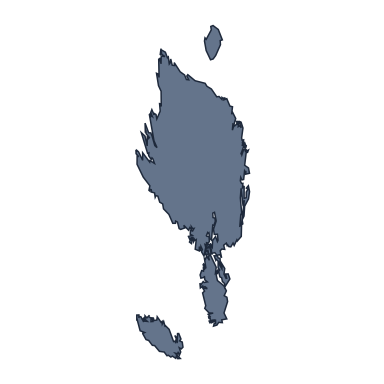 Vega nor, Nordland, Norway, rotated 92°
{"feature_id": "86288312B81726238902221", "entity_name": "Vega nor", "entity_type": "district", "adm_level": 2, "iso_a3": "NOR", "parent_name": "Norway", "parent_adm1": "Nordland", "projection": "robinson", "projection_center": [11.939, 65.651], "detail": "fine", "context": "isolated", "style": "filled", "palette": "slate", "viewbox_px": 384, "rotation_deg": 92, "n_neighbors": 0, "source": "geoboundaries", "source_scale": "gbopen_adm2", "svg_char_len": 6114}
<svg xmlns="http://www.w3.org/2000/svg" viewBox="0 0 384 384"><g transform="rotate(92 192 192)"><path d="M189.6,134.5L183.8,135.9L186.2,137.8L187.3,136.2L190.2,137.8L195.8,137.6L196.5,139.7L184.7,140.1L184.2,141.2L186.9,141.8L181.6,141.4L181.7,142.8L179.2,144.1L175.7,143.8L178.2,142.5L177.7,140.8L169.1,140.2L170.3,139.5L169.0,138.9L172.3,138.9L171.3,135.2L166.0,136.4L163.5,140.3L150.6,139.2L150.5,137.9L148.1,137.1L148.9,138.5L147.5,139.6L150.1,139.9L147.9,140.3L147.9,141.9L153.2,143.5L151.9,143.9L152.7,144.6L143.8,141.6L147.0,140.5L145.6,140.7L145.3,139.6L143.2,139.3L144.0,139.8L141.3,140.9L144.0,142.5L143.2,144.0L143.3,142.5L141.5,143.2L141.6,142.0L139.4,142.2L140.6,143.4L138.1,142.4L138.4,143.8L136.2,144.3L126.3,143.3L120.5,145.4L120.0,146.6L121.3,146.8L126.2,145.1L124.1,146.4L125.1,148.1L119.9,147.7L119.9,150.0L123.2,148.1L122.3,149.6L123.6,149.6L122.7,149.9L124.3,151.5L123.6,152.2L128.8,153.8L122.6,153.5L123.0,152.4L117.0,150.9L110.6,154.4L113.0,155.1L105.4,154.5L104.8,157.1L97.5,160.5L98.6,162.9L96.5,162.1L97.7,163.5L96.4,163.7L97.7,164.0L96.5,165.3L98.4,165.4L95.6,168.3L96.0,170.6L88.4,176.2L85.9,180.7L82.9,182.7L80.7,192.8L74.9,200.3L76.3,201.2L80.0,199.2L79.8,201.5L75.3,203.5L72.3,208.0L63.3,214.3L66.2,213.9L66.0,216.2L59.8,217.9L63.6,218.3L64.9,219.2L57.8,220.4L58.6,221.3L53.2,223.5L51.2,227.3L52.0,227.6L49.8,228.0L56.3,228.6L53.8,227.4L55.5,227.0L57.6,223.7L57.2,227.5L65.0,227.4L59.7,228.9L60.5,229.9L78.7,228.9L75.2,230.0L74.6,231.6L86.9,229.2L92.4,226.4L107.6,225.7L104.9,226.8L104.8,227.5L112.3,226.6L120.2,229.7L115.8,230.7L114.8,232.5L116.3,232.6L111.1,235.0L114.0,236.0L117.9,234.3L117.1,235.4L117.9,235.8L114.9,236.2L116.1,237.3L142.1,231.8L148.9,228.5L146.9,230.8L137.6,233.8L134.4,235.3L134.3,237.4L124.8,241.3L134.4,240.7L131.8,240.3L135.3,239.9L139.1,236.5L140.1,237.3L137.6,238.6L147.6,238.4L137.8,240.9L134.5,244.7L155.0,237.7L154.4,236.5L157.2,236.6L160.9,233.9L159.3,233.2L160.2,232.3L164.7,230.5L162.1,235.1L163.6,235.3L154.5,242.7L162.1,242.4L153.8,246.8L152.3,248.6L153.8,248.7L151.8,249.5L155.7,249.2L158.6,246.4L158.0,248.1L166.2,247.9L178.9,241.2L187.3,234.3L191.8,235.1L192.5,234.2L190.7,234.4L191.1,232.8L193.5,232.4L194.2,229.4L198.6,228.6L196.9,227.9L197.3,226.0L203.3,223.9L204.9,220.9L209.8,219.9L215.2,214.3L224.0,210.1L223.9,207.4L221.7,207.3L222.5,205.5L229.0,203.6L229.8,202.0L228.2,198.0L225.5,199.1L230.3,194.1L227.7,193.0L229.8,191.2L226.6,191.5L228.6,190.0L228.3,188.7L230.9,190.0L230.6,192.2L234.3,192.3L235.3,190.2L236.5,194.0L239.0,192.8L237.7,190.9L240.4,190.7L239.6,191.9L242.1,192.8L243.6,190.7L236.7,189.5L241.4,188.6L239.6,187.9L240.4,187.7L239.4,186.1L249.1,186.8L250.6,182.7L246.3,182.8L250.6,181.4L246.1,181.2L249.2,179.6L251.3,180.5L255.6,177.8L247.6,176.5L250.8,175.1L250.7,176.6L254.7,177.0L252.4,176.2L254.4,175.6L254.2,173.7L248.8,174.2L252.8,173.2L253.8,172.0L253.0,170.8L247.0,172.1L247.6,174.8L245.8,173.3L247.0,172.8L244.0,172.5L243.7,174.5L247.7,176.1L243.9,177.2L244.5,175.6L242.1,175.7L242.4,174.1L241.0,172.9L235.8,173.5L235.8,175.6L235.2,176.1L232.1,175.0L232.9,174.5L232.1,173.7L237.9,172.5L239.5,170.8L224.3,170.1L224.5,168.9L220.5,167.7L217.4,168.1L216.8,170.1L212.4,170.5L211.5,168.8L220.1,166.8L228.4,169.2L233.6,168.3L233.3,165.1L239.3,164.3L240.7,164.9L235.7,166.9L239.8,169.7L246.4,169.8L242.6,172.0L253.9,169.8L252.5,169.7L251.8,167.1L254.4,164.9L253.6,162.1L256.7,160.1L249.8,161.8L248.0,160.2L248.2,157.3L244.1,158.5L241.9,155.9L244.3,155.0L243.6,154.5L245.3,153.3L245.5,151.3L241.6,149.2L244.0,148.0L238.3,145.5L239.4,145.0L234.7,141.2L223.7,141.3L224.4,143.0L211.9,142.4L213.2,142.2L212.4,141.5L196.2,143.5L186.6,143.1L202.0,140.8L198.4,139.4L223.2,141.5L222.1,140.1L218.1,140.9L214.3,139.2L204.4,138.9L196.9,135.3L189.6,134.5ZM300.3,152.6L296.0,153.4L294.5,156.2L289.6,154.2L284.6,156.9L279.6,163.5L272.8,165.2L272.7,163.9L269.2,163.5L272.0,165.7L266.3,165.2L254.4,171.4L255.9,173.4L259.7,172.2L255.7,175.2L258.6,176.2L257.8,177.3L265.8,175.8L263.5,177.9L264.4,178.4L267.7,176.1L269.5,177.3L267.3,176.6L267.0,178.0L270.7,177.8L270.2,179.6L274.6,181.0L277.8,180.1L276.9,176.9L275.5,176.7L279.4,176.1L281.3,173.5L282.0,176.7L281.1,177.7L284.5,179.9L282.8,180.9L287.6,180.3L285.6,178.0L286.9,177.7L286.1,175.7L287.6,173.8L288.7,174.1L287.9,174.1L287.8,177.8L290.6,176.0L292.5,177.9L305.2,174.3L307.9,175.2L312.3,170.7L312.3,166.6L313.7,171.6L315.7,169.7L316.2,171.1L317.7,170.6L317.4,169.4L319.5,169.4L320.2,167.5L320.5,170.3L322.1,169.5L320.9,167.5L319.4,167.5L319.2,165.9L321.5,167.0L320.5,165.2L321.3,165.2L318.6,164.1L322.5,163.8L322.6,165.2L325.3,165.8L324.1,162.4L321.4,160.8L321.5,157.1L318.7,157.8L317.6,152.8L311.8,155.8L300.3,152.6ZM347.4,195.6L342.3,196.5L341.2,199.2L339.3,197.9L333.9,200.3L334.0,201.5L338.8,201.6L336.0,204.2L341.4,201.5L342.3,201.5L341.1,202.9L343.7,202.9L341.6,203.8L342.1,205.2L330.0,210.1L326.5,213.9L327.8,214.1L322.3,215.8L325.0,217.1L322.4,217.4L323.4,218.3L317.9,222.4L321.2,222.7L321.8,225.5L319.3,226.2L319.2,227.6L322.8,226.6L323.0,228.5L319.5,228.5L318.0,231.1L316.6,230.2L319.4,232.7L317.4,234.6L320.9,234.4L322.9,232.1L322.7,235.1L319.3,235.4L321.1,237.0L321.5,235.9L323.6,235.8L318.7,238.5L318.1,240.1L319.7,240.7L316.7,240.8L316.9,242.9L322.5,242.7L321.6,242.3L332.5,239.0L334.1,234.4L334.9,236.0L334.0,236.0L335.3,236.3L341.1,232.8L341.9,230.1L346.6,226.3L346.8,224.0L352.4,219.0L352.9,214.2L356.5,211.3L356.0,209.9L357.7,207.4L356.7,205.8L358.8,202.5L356.6,201.9L359.1,200.4L358.8,197.9L353.7,203.1L354.3,200.3L352.1,200.4L355.5,198.9L352.3,197.7L348.1,199.3L349.2,197.2L347.4,195.6ZM38.9,167.0L28.7,171.4L24.9,176.8L25.9,179.0L29.3,178.4L38.9,183.1L37.5,184.4L40.7,184.8L50.1,182.8L59.2,178.1L58.3,175.5L54.8,173.1L43.8,168.7L39.7,169.1L38.9,167.0ZM285.8,155.9L277.6,151.1L272.6,153.0L272.8,155.6L277.0,154.3L277.1,155.0L272.9,157.2L267.3,156.6L261.1,160.7L262.9,161.1L257.3,161.7L257.0,163.6L254.9,164.3L255.0,167.7L259.0,166.0L258.1,165.8L261.3,162.3L265.8,159.4L267.9,159.4L261.4,163.4L266.8,163.3L269.0,161.6L271.8,163.4L271.7,162.3L275.9,161.1L276.6,159.4L280.4,158.5L282.4,156.2L285.8,155.9Z" fill="#64748b" stroke="#1e293b" stroke-width="1.5"/></g></svg>